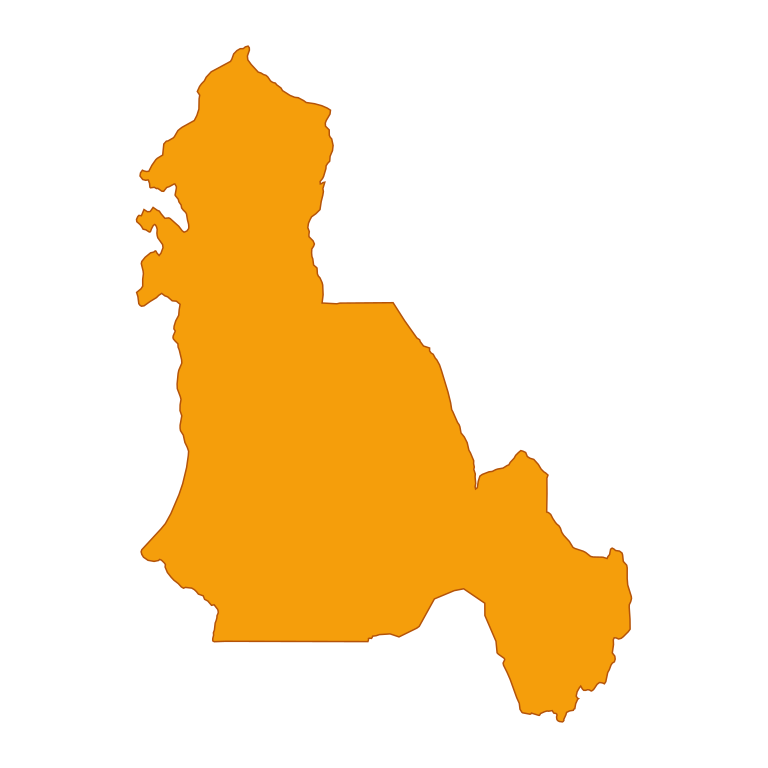 outline of Samburu West, Rift Valley, Kenya
{"feature_id": "3690345B66699120795125", "entity_name": "Samburu West", "entity_type": "district", "adm_level": 2, "iso_a3": "KEN", "parent_name": "Kenya", "parent_adm1": "Rift Valley", "projection": "natural_earth1", "projection_center": [36.61, 1.09], "detail": "fine", "context": "isolated", "style": "filled", "palette": "amber", "viewbox_px": 768, "rotation_deg": 0, "n_neighbors": 0, "source": "geoboundaries", "source_scale": "gbopen_adm2", "svg_char_len": 6097}
<svg xmlns="http://www.w3.org/2000/svg" viewBox="0 0 768 768"><path d="M578.5,698.6L577.6,698.3L576.2,696.1L577.1,691.8L579.4,687.7L580.7,686.1L582.4,689.0L583.7,690.3L585.8,690.3L587.6,689.7L589.3,689.9L591.2,691.0L592.6,690.4L594.0,689.0L597.1,684.3L599.5,682.5L602.4,682.9L604.4,683.8L605.8,681.7L607.7,672.6L609.3,669.7L611.0,665.1L612.3,663.1L614.4,661.8L615.2,659.1L614.8,656.1L612.3,652.9L613.5,644.6L613.3,639.7L614.2,637.8L616.1,637.9L618.6,639.0L621.2,638.3L623.3,636.7L628.2,631.8L630.1,629.2L630.0,619.3L629.2,607.2L629.3,604.7L630.7,601.7L631.5,598.6L631.3,596.5L627.7,584.9L627.2,578.6L627.2,567.9L626.7,565.2L623.3,561.4L622.6,554.9L622.0,553.0L619.5,551.1L615.6,550.5L613.9,549.0L612.1,548.1L610.6,549.2L609.6,554.5L607.9,556.6L607.1,558.5L602.9,557.2L593.2,557.0L590.6,556.4L585.7,552.5L583.2,551.2L574.7,548.4L572.9,547.3L569.3,541.4L563.7,535.3L561.8,532.4L560.4,528.2L559.0,525.9L556.6,523.9L555.1,522.0L552.8,518.5L550.7,514.4L548.5,512.6L546.7,512.0L547.0,493.8L546.9,478.1L548.0,475.1L545.7,473.0L543.8,471.8L541.2,469.2L538.3,464.4L533.8,459.4L529.9,458.2L527.3,456.5L525.7,452.5L523.0,451.2L520.8,450.6L518.4,452.6L515.7,455.3L514.1,458.2L510.2,462.4L508.9,464.8L507.0,465.6L503.0,468.1L497.8,469.0L495.6,469.7L492.3,471.4L489.0,471.8L482.3,474.4L479.9,476.1L478.3,481.1L477.3,487.7L475.6,489.0L475.1,486.8L475.7,483.5L475.1,476.9L475.3,474.0L473.8,469.4L474.3,467.0L473.6,463.8L473.7,460.7L470.4,452.8L468.9,450.2L467.2,442.7L464.3,437.0L461.0,432.9L459.9,426.8L459.1,424.7L457.5,422.4L452.8,411.7L451.7,409.7L450.6,402.7L448.0,392.1L441.5,370.7L439.5,364.8L436.7,359.7L435.3,358.2L433.2,354.3L431.1,353.0L429.6,350.9L429.6,348.0L423.5,346.0L420.3,341.7L419.6,339.8L416.8,337.9L404.6,320.7L393.1,302.7L339.9,303.1L336.8,303.8L322.1,303.0L323.1,294.8L322.7,285.0L322.1,282.6L320.0,277.9L318.3,276.0L317.4,273.9L317.0,268.0L313.6,265.0L312.8,258.9L311.9,256.4L311.6,252.9L311.8,249.0L313.6,246.2L314.4,244.0L313.1,240.9L309.0,236.7L308.9,234.6L309.3,231.6L307.8,227.6L308.5,223.2L310.1,219.5L311.6,216.8L315.9,213.7L320.0,209.6L321.2,201.6L322.8,195.2L323.4,191.6L322.9,188.6L324.8,182.2L322.9,182.6L321.7,183.5L320.3,183.9L320.1,181.5L322.5,178.6L323.6,176.4L325.9,168.7L326.1,165.8L327.7,163.3L329.7,161.2L330.1,156.3L332.5,150.6L333.1,145.5L331.7,138.9L330.2,137.2L329.3,135.3L329.2,129.9L325.5,126.2L325.3,123.0L326.3,120.4L330.0,114.1L330.5,110.2L327.3,108.1L321.8,105.7L314.5,103.7L306.2,102.5L303.8,100.7L298.2,97.7L294.7,97.3L290.0,95.4L282.5,90.6L281.0,88.0L276.7,84.8L275.4,83.1L272.7,82.4L270.6,81.0L267.7,76.8L265.9,75.3L263.6,74.6L261.0,73.0L258.2,72.1L251.2,64.5L247.8,59.8L247.4,56.0L249.4,50.2L249.3,47.8L248.1,46.1L245.3,46.9L243.3,48.6L240.2,48.7L236.9,50.6L233.7,53.9L231.8,59.2L230.5,61.4L211.2,71.8L206.2,77.2L204.4,80.8L201.5,83.8L199.6,86.4L197.3,91.5L199.7,95.1L199.1,98.9L198.9,109.1L196.9,115.4L194.3,120.5L182.2,127.2L180.4,128.5L177.9,130.6L174.3,136.8L173.1,138.0L168.0,140.9L166.3,141.2L163.8,144.0L162.7,155.0L157.3,158.3L155.8,159.7L151.9,165.3L148.8,171.3L146.3,171.5L143.9,170.9L142.4,170.2L140.5,172.9L140.0,176.0L142.7,179.5L145.7,180.3L148.1,179.9L148.5,180.5L149.5,183.3L149.9,187.2L150.5,187.8L154.3,187.3L156.5,188.6L157.8,188.4L161.8,191.2L163.7,191.3L166.7,187.5L169.3,186.6L174.1,184.0L174.8,183.9L176.4,186.7L176.3,188.5L175.1,194.9L175.3,195.6L178.2,199.2L179.0,202.0L181.1,205.0L181.6,207.9L183.2,210.0L185.6,212.4L186.5,214.0L187.5,220.0L188.6,224.3L188.8,227.1L188.6,228.7L186.9,231.0L184.1,232.2L182.2,230.8L178.7,226.2L170.2,218.6L168.8,217.9L164.9,218.3L161.1,213.8L159.3,211.1L157.3,210.3L153.1,207.4L150.3,211.4L149.7,211.6L147.4,211.7L144.0,209.5L141.4,215.7L138.9,215.4L137.7,216.7L136.5,219.4L136.8,221.7L140.0,224.5L141.5,226.4L143.1,229.2L145.8,229.8L149.3,232.0L150.0,232.0L150.6,231.3L151.5,228.8L153.2,225.6L154.5,224.5L155.4,224.9L156.5,226.8L157.2,229.4L156.9,233.1L157.2,235.6L157.8,237.8L162.6,244.6L163.0,247.7L161.0,253.1L159.1,255.5L157.0,253.1L155.9,251.1L155.2,250.9L153.7,252.1L150.6,252.8L145.1,257.3L141.8,261.4L141.3,263.6L143.1,271.0L143.4,273.8L142.7,279.2L142.7,286.2L141.0,288.8L136.6,292.4L137.9,296.6L138.8,303.7L140.1,305.4L141.5,306.2L144.1,305.8L150.1,301.5L156.5,297.6L158.8,295.3L161.7,293.4L164.8,295.8L167.6,296.8L172.2,300.8L176.4,301.2L180.1,304.3L179.2,309.6L178.7,315.3L175.7,320.9L174.1,326.2L173.9,328.9L175.3,331.0L173.2,335.9L173.0,337.5L173.3,338.8L175.0,340.9L177.9,343.8L178.1,347.1L179.3,350.1L181.6,359.8L181.8,363.0L181.5,363.9L178.8,370.2L178.1,373.6L177.1,384.0L177.3,388.7L180.3,396.6L181.0,399.5L180.1,404.9L180.0,410.6L181.8,415.8L180.1,425.2L180.1,428.3L180.5,430.7L183.3,435.1L184.9,442.4L187.2,447.2L188.6,451.2L188.3,455.6L186.6,467.5L182.7,483.7L179.0,494.6L170.9,513.6L165.4,523.6L161.0,528.9L141.8,549.7L141.1,551.8L141.8,554.4L143.5,557.2L148.0,560.3L154.1,561.4L158.5,560.5L159.7,559.4L161.5,560.2L164.2,562.8L165.4,564.5L165.1,567.0L167.4,572.5L171.1,577.2L174.0,580.3L178.3,583.6L181.3,586.9L183.5,588.2L185.4,587.4L191.7,588.1L194.4,589.7L196.5,591.7L198.4,594.1L203.2,595.8L204.6,599.3L207.8,601.0L211.5,605.3L214.1,604.8L217.6,609.3L218.1,610.8L218.2,612.1L218.2,613.0L217.0,615.7L216.9,617.7L216.2,620.4L215.2,623.0L214.4,630.0L213.4,632.8L213.6,635.2L212.8,638.3L212.7,640.2L213.0,641.1L214.3,641.7L225.4,641.3L367.9,641.6L368.5,639.8L368.5,638.5L369.4,638.2L371.5,638.4L372.3,637.2L372.6,636.2L376.2,635.7L379.4,634.6L390.1,633.9L399.0,636.9L416.9,628.1L419.2,626.4L434.4,598.9L454.3,590.6L463.7,588.8L484.8,603.2L484.9,615.5L496.0,641.3L497.1,652.8L498.4,654.2L503.9,658.1L504.4,658.7L504.7,659.7L503.1,663.1L503.6,665.4L507.1,672.4L510.2,679.5L516.7,697.6L519.3,703.4L520.0,709.3L521.9,712.3L522.6,712.8L530.0,714.2L530.9,713.9L531.4,713.1L538.6,715.3L539.5,715.3L540.6,713.5L544.6,711.7L547.0,711.0L548.7,711.2L552.2,710.6L553.8,713.1L556.0,713.5L556.8,714.2L557.0,715.3L556.6,716.5L556.6,717.8L557.0,719.7L558.0,720.8L559.4,721.5L562.4,721.9L563.2,721.4L563.9,720.4L563.8,719.4L565.9,714.8L566.6,712.4L569.6,710.9L573.3,710.3L573.9,709.1L574.8,708.7L575.7,703.7L577.6,699.4L578.5,698.6Z" fill="#f59e0b" stroke="#b45309" stroke-width="1.5"/></svg>